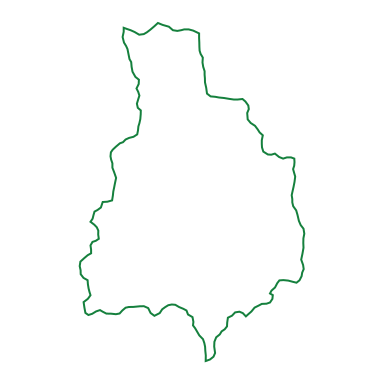 Liberdade, Minas Gerais, Brazil (Mercator projection)
{"feature_id": "56859067B15814439549012", "entity_name": "Liberdade", "entity_type": "district", "adm_level": 2, "iso_a3": "BRA", "parent_name": "Brazil", "parent_adm1": "Minas Gerais", "projection": "mercator", "projection_center": [-44.338, -22.009], "detail": "fine", "context": "isolated", "style": "outline", "palette": "green", "viewbox_px": 384, "rotation_deg": 0, "n_neighbors": 0, "source": "geoboundaries", "source_scale": "gbopen_adm2", "svg_char_len": 2986}
<svg xmlns="http://www.w3.org/2000/svg" viewBox="0 0 384 384"><path d="M123.7,27.8L123.7,31.8L122.6,37.0L124.0,42.6L126.1,46.0L127.5,49.1L128.5,54.2L129.5,59.1L131.2,62.1L131.6,66.8L132.5,71.7L135.4,76.9L138.9,79.7L138.7,84.0L136.5,88.5L138.2,91.8L139.4,95.6L138.4,98.7L136.9,103.7L137.8,107.8L140.8,110.4L140.7,114.4L140.3,119.1L139.4,123.2L138.4,126.4L138.0,130.4L137.2,134.4L133.5,136.8L129.1,137.9L125.6,139.5L123.0,142.2L119.9,143.3L115.9,146.7L112.7,149.7L110.9,152.3L110.5,156.3L111.1,159.5L112.4,163.3L112.4,167.7L114.1,172.1L116.1,177.9L115.0,183.1L114.1,187.7L113.3,191.5L112.9,195.4L112.1,200.4L107.4,201.7L102.7,202.0L100.9,207.5L97.5,210.0L94.5,211.6L93.5,215.1L92.6,218.7L90.5,221.8L94.3,224.7L96.8,227.3L98.3,230.6L98.2,234.6L98.8,238.8L95.8,240.8L92.5,241.9L90.5,245.4L91.1,249.7L91.1,253.3L87.7,255.2L84.5,257.9L80.4,261.6L79.7,266.1L80.6,270.3L80.7,274.2L83.5,277.9L87.6,280.2L87.9,284.2L88.6,288.5L89.5,292.0L90.5,295.2L87.9,298.8L83.6,302.1L84.4,307.5L85.4,312.9L88.4,315.0L92.2,313.8L96.1,311.4L100.0,310.1L102.7,311.7L106.4,313.6L111.2,313.7L115.9,314.2L119.6,313.5L122.3,310.5L125.6,307.7L128.8,307.0L133.5,306.9L139.7,306.3L143.9,306.2L148.2,308.1L150.6,313.0L154.4,315.8L159.7,313.1L162.2,309.3L165.2,307.1L168.3,305.2L171.8,304.5L175.3,304.8L179.0,307.0L183.3,308.8L186.5,310.5L188.0,314.5L192.5,317.1L193.4,321.9L193.0,325.4L195.1,328.2L196.8,331.1L199.3,335.4L203.0,339.2L204.3,343.0L205.1,346.8L205.3,350.7L205.8,355.5L205.7,361.0L210.0,359.5L213.5,356.7L215.1,353.0L214.2,346.6L214.4,341.8L216.2,337.3L219.8,334.4L221.6,331.4L224.7,329.3L227.0,326.4L227.2,322.6L227.9,317.7L232.0,315.7L235.1,312.4L239.4,311.7L242.8,313.1L245.9,316.4L248.3,314.2L251.4,311.5L254.6,307.6L258.8,305.5L261.8,303.9L266.5,303.7L270.0,302.5L272.4,298.9L272.8,295.1L270.0,293.5L271.5,290.6L275.0,287.5L277.3,283.1L279.4,280.4L283.4,280.1L288.3,280.6L292.8,281.8L296.5,282.7L299.5,280.3L301.6,276.2L302.2,272.6L303.7,269.1L303.1,265.0L301.2,259.6L302.4,254.0L303.5,247.8L303.3,243.0L303.4,238.4L304.3,233.7L303.5,228.7L300.7,225.1L298.9,220.9L297.5,214.9L296.2,210.4L293.2,206.2L292.3,202.4L292.3,199.1L291.7,195.2L292.5,191.5L293.5,187.1L294.5,182.0L295.2,176.6L294.0,172.4L293.1,169.1L294.2,165.7L294.5,162.1L294.3,158.6L291.0,157.4L286.9,157.4L283.1,158.6L279.1,157.0L274.9,153.6L271.3,154.7L267.9,154.5L263.3,151.6L262.0,147.4L261.8,144.0L261.8,140.2L262.8,135.3L259.6,132.4L257.7,129.4L255.0,125.8L250.7,123.0L247.7,119.4L247.2,113.0L248.8,109.1L248.3,105.5L245.4,101.5L242.5,99.0L237.9,99.5L233.6,99.5L229.4,98.9L224.0,98.0L219.0,97.5L215.2,96.8L210.6,96.4L207.0,93.6L206.2,87.8L205.0,82.4L204.9,78.2L204.6,74.8L204.6,71.2L203.2,66.8L202.5,62.5L202.8,57.6L200.6,53.9L199.6,50.7L199.4,46.9L199.3,42.4L199.1,38.0L199.1,33.4L193.2,30.6L188.7,29.4L184.2,29.4L181.2,30.2L177.3,30.9L172.9,30.2L168.9,26.7L162.6,24.9L157.9,23.0L154.3,26.3L150.3,29.7L146.9,32.3L143.8,34.1L139.2,34.7L134.6,32.0L130.6,30.2L127.0,29.0L123.7,27.8Z" fill="none" stroke="#15803d" stroke-width="2"/></svg>